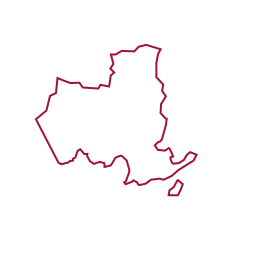 the district of Talbot, United States of America, rotated 230°
{"feature_id": "52423323B33050228676147", "entity_name": "Talbot", "entity_type": "district", "adm_level": 2, "iso_a3": "USA", "parent_name": "United States of America", "parent_adm1": "", "projection": "robinson", "projection_center": [-76.178, 38.758], "detail": "fine", "context": "isolated", "style": "outline", "palette": "rose", "viewbox_px": 256, "rotation_deg": 230, "n_neighbors": 0, "source": "geoboundaries", "source_scale": "gbopen_adm2", "svg_char_len": 1518}
<svg xmlns="http://www.w3.org/2000/svg" viewBox="0 0 256 256"><g transform="rotate(230 128 128)"><path d="M110.5,90.5L110.6,91.2L111.1,93.3L113.3,99.1L112.5,102.3L111.2,104.8L110.9,105.3L103.9,106.1L103.3,105.8L95.0,102.1L93.5,100.8L88.4,91.8L88.9,90.2L86.4,90.1L84.2,96.7L84.5,98.4L80.8,100.0L77.7,99.6L76.7,100.5L74.0,105.7L73.6,112.4L69.0,119.5L65.4,122.1L63.2,130.7L63.4,139.4L60.9,157.3L63.5,163.4L69.5,160.1L69.6,156.0L67.6,150.2L68.4,144.5L68.9,143.8L71.6,139.7L72.7,139.3L77.1,140.6L78.3,141.9L77.2,143.9L77.4,144.4L85.3,146.6L86.4,146.4L86.9,141.8L91.8,137.0L91.9,136.9L97.4,137.3L97.9,141.8L97.0,143.7L97.2,144.8L97.4,146.5L106.0,159.1L110.2,163.6L111.4,162.8L118.6,162.6L125.1,168.8L127.9,177.4L134.5,178.0L138.6,182.9L148.6,182.4L159.5,191.4L165.5,198.9L165.5,199.0L167.4,203.6L180.0,195.4L183.4,188.3L182.6,182.1L191.1,172.8L192.3,165.7L195.3,162.2L186.5,158.0L184.8,152.6L179.4,153.1L179.3,148.5L174.5,143.2L172.0,140.1L178.8,134.7L177.3,130.6L188.2,119.3L193.9,119.9L199.5,112.7L207.0,108.5L211.6,106.1L201.1,95.3L202.7,88.9L193.8,76.7L193.9,63.1L146.0,52.4L143.2,53.7L143.1,54.3L142.4,54.7L141.8,56.1L141.6,57.1L140.9,58.4L140.0,59.7L139.9,61.2L140.1,62.1L139.5,63.1L138.8,63.9L138.5,64.9L139.8,66.0L139.2,68.7L142.8,74.5L142.5,77.7L136.1,77.8L134.3,80.3L133.0,78.8L127.0,77.5L122.4,78.8L120.3,84.5L116.2,87.3L113.3,85.0L110.5,90.5ZM44.4,123.0L46.8,128.5L49.8,133.9L55.8,132.8L56.1,132.1L53.3,125.1L53.6,120.7L53.6,119.8L50.4,115.9L44.4,123.0Z" fill="none" stroke="#9f1239" stroke-width="2"/></g></svg>